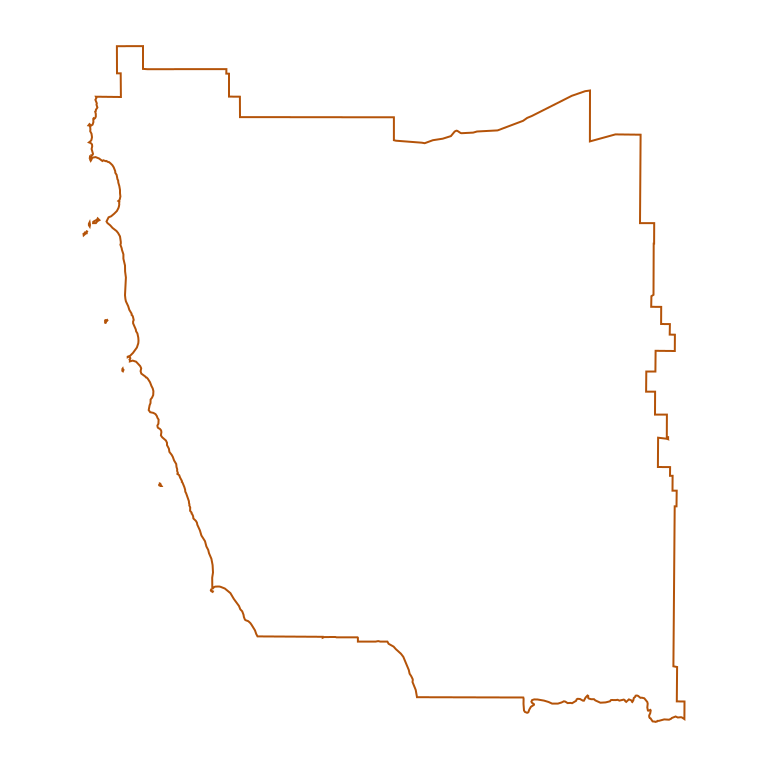 outline of Dandaragan, Western Australia, Australia
{"feature_id": "25037944B25957721357526", "entity_name": "Dandaragan", "entity_type": "district", "adm_level": 2, "iso_a3": "AUS", "parent_name": "Australia", "parent_adm1": "Western Australia", "projection": "orthographic", "projection_center": [115.251, -30.541], "detail": "fine", "context": "isolated", "style": "outline", "palette": "amber", "viewbox_px": 768, "rotation_deg": 0, "n_neighbors": 0, "source": "geoboundaries", "source_scale": "gbopen_adm2", "svg_char_len": 6033}
<svg xmlns="http://www.w3.org/2000/svg" viewBox="0 0 768 768"><path d="M95.9,96.7L96.4,97.9L95.4,99.8L96.8,103.3L96.5,104.7L97.4,107.5L95.9,109.8L95.8,111.1L95.2,111.6L95.8,113.9L95.8,116.6L95.2,118.0L94.4,118.7L93.7,118.2L93.3,118.7L93.4,122.1L92.6,124.6L91.1,125.6L89.5,124.1L88.5,125.4L89.6,125.6L90.2,127.0L90.4,129.5L90.2,131.2L91.5,133.7L92.0,137.2L91.4,140.0L90.5,141.2L89.0,142.4L90.8,143.1L92.0,144.4L92.2,146.3L91.6,149.0L93.0,153.9L92.5,154.9L91.9,155.4L91.4,155.3L91.4,155.8L90.5,156.7L90.0,156.5L89.9,157.3L90.8,156.9L91.3,157.2L91.5,157.8L91.2,158.6L90.3,158.6L90.1,159.6L90.7,160.8L91.6,159.3L91.8,158.5L92.7,157.6L95.6,157.1L99.1,158.5L102.4,161.0L103.3,160.3L105.9,161.2L106.4,161.0L108.1,162.0L109.2,162.2L110.8,163.6L112.4,165.2L113.7,167.3L115.2,171.1L115.3,172.8L116.6,174.8L117.5,179.4L118.1,180.3L118.3,182.6L119.3,186.0L120.0,190.0L120.0,193.2L120.4,196.5L119.6,199.9L118.3,201.0L119.4,201.8L119.1,203.0L119.3,204.1L119.0,206.1L118.5,207.9L116.9,211.0L114.2,213.7L111.1,216.3L108.6,217.3L106.5,221.5L107.5,223.1L110.2,225.3L112.5,227.9L116.5,231.0L118.1,233.0L120.0,236.4L120.8,241.9L120.8,243.5L120.4,244.7L121.7,248.3L121.9,249.7L123.4,254.3L123.4,258.7L125.0,265.5L125.1,271.5L125.9,277.5L125.0,295.2L125.4,298.9L125.9,301.3L128.2,306.2L129.3,309.8L131.5,313.5L131.7,314.2L131.6,314.9L132.4,315.6L132.9,316.6L133.7,320.0L133.1,321.4L133.1,323.3L135.8,329.5L136.1,331.3L137.4,333.4L138.3,337.7L138.5,340.7L138.3,343.2L136.9,347.5L133.0,352.9L130.1,355.8L127.7,356.7L127.7,357.2L129.7,356.3L129.7,357.0L130.2,357.8L130.3,358.6L129.5,359.6L130.0,360.5L129.9,361.4L132.7,360.6L136.1,361.7L140.2,366.1L141.2,368.3L140.6,371.2L141.3,373.6L145.4,376.6L145.9,377.4L146.6,377.5L147.7,378.6L150.0,382.2L151.5,386.1L152.7,388.4L153.4,391.1L153.2,395.1L152.0,397.7L150.6,399.5L150.5,403.1L149.6,405.3L148.7,410.1L150.2,412.2L153.4,412.9L155.5,414.1L156.8,416.0L157.5,417.9L158.6,419.6L158.4,423.7L157.4,425.5L157.6,427.0L158.0,427.8L160.0,429.0L161.1,430.4L161.4,432.1L160.9,435.4L162.2,437.3L165.9,440.5L167.0,442.8L167.0,445.1L168.9,448.7L169.4,451.9L171.7,454.9L172.8,456.9L174.1,460.5L176.2,464.0L176.5,467.0L177.2,469.3L177.1,470.9L177.9,473.0L177.4,473.9L179.2,475.2L180.1,477.6L182.0,481.2L181.8,481.9L182.5,482.6L184.3,487.0L185.1,489.6L185.3,491.7L186.1,493.2L188.9,501.2L189.0,503.0L189.4,504.2L189.3,505.4L190.2,507.4L190.1,510.8L191.6,512.6L191.6,513.6L192.3,514.3L193.1,516.2L193.4,518.5L195.8,520.8L196.9,522.6L197.3,524.7L199.9,530.4L201.4,535.5L205.0,541.2L206.4,546.5L208.2,549.9L209.0,553.2L211.4,558.8L212.6,565.1L213.0,572.5L212.2,577.7L212.3,588.1L212.8,588.4L214.3,586.9L215.6,586.6L219.1,586.5L220.5,586.8L224.8,588.5L230.4,593.1L233.8,598.9L239.0,606.0L240.3,609.3L242.2,611.3L243.5,614.7L243.9,617.0L244.8,619.3L245.4,620.1L248.3,621.2L250.3,623.0L251.5,624.7L255.0,630.4L256.2,633.9L257.5,636.4L322.7,636.8L322.7,637.7L324.1,637.1L331.6,637.0L335.4,637.0L336.4,637.3L357.5,637.3L357.9,637.8L357.9,641.6L375.6,641.6L378.2,641.1L380.3,641.6L387.4,641.6L388.6,643.8L393.6,646.6L395.9,649.2L400.9,653.7L403.3,656.8L408.8,670.0L409.6,673.7L411.2,676.1L412.6,679.0L412.8,680.0L412.5,682.0L415.7,689.9L417.0,697.2L523.3,697.5L523.6,698.8L523.5,703.8L524.0,710.5L524.9,711.9L527.1,712.8L528.3,712.3L529.3,709.6L530.9,706.8L533.9,704.9L534.0,704.4L533.7,703.9L532.1,702.9L531.4,701.7L532.1,700.1L534.2,699.4L537.6,699.5L544.0,700.6L548.6,702.0L552.1,703.6L557.9,703.6L561.5,702.5L563.9,701.3L565.3,701.6L567.6,703.1L570.5,702.9L572.1,703.2L576.1,700.8L576.7,699.3L577.7,698.8L580.0,699.0L582.8,700.6L583.9,700.7L585.6,697.5L587.5,695.5L588.2,695.9L588.2,697.9L589.0,698.6L591.1,699.2L594.0,699.2L595.3,700.4L600.4,702.7L605.6,702.4L610.0,701.3L610.8,700.2L611.7,700.0L615.7,700.1L617.6,699.8L619.4,700.6L623.8,699.6L624.9,700.3L625.2,701.1L626.2,701.9L628.9,699.4L631.6,700.5L631.9,701.7L632.3,702.0L633.3,700.4L633.8,698.0L635.2,696.8L635.6,695.7L636.9,695.5L638.1,695.9L640.4,697.8L641.9,697.7L644.3,698.3L647.3,702.0L647.7,703.7L647.3,707.5L647.9,710.5L648.2,710.7L650.4,709.9L650.7,710.5L650.2,713.3L649.2,715.4L649.2,716.9L649.8,718.1L650.5,718.3L652.6,721.4L654.8,721.6L655.3,721.9L657.0,721.5L657.4,720.9L658.7,720.9L664.2,719.4L669.0,719.7L671.0,718.8L671.8,718.0L675.6,716.5L677.8,717.5L680.9,717.2L681.8,717.4L684.4,719.1L684.5,701.5L676.8,701.4L677.1,667.0L673.4,666.3L674.7,506.3L676.5,506.3L676.7,490.7L672.5,490.7L672.6,475.8L670.0,475.8L670.1,467.1L657.9,467.0L658.1,437.7L666.4,438.7L668.0,439.2L667.7,438.2L668.1,438.5L668.1,437.1L666.8,437.1L666.9,414.6L655.0,414.6L655.1,391.7L646.1,391.7L646.3,371.5L655.4,371.5L655.6,350.8L674.8,351.0L674.9,334.7L669.7,334.6L669.9,324.1L661.1,324.0L661.2,306.9L651.2,306.8L651.4,296.2L653.5,294.8L653.7,243.6L654.1,243.6L654.2,223.1L640.0,223.1L640.6,134.7L615.4,134.4L589.9,141.4L590.0,90.5L585.1,91.2L571.8,95.8L531.8,116.0L527.2,117.9L523.1,120.8L497.6,130.4L477.0,131.5L473.2,132.6L461.6,133.2L460.6,133.0L457.4,130.9L456.4,130.7L454.7,131.5L450.9,136.1L442.7,138.7L432.9,140.2L424.7,143.2L421.8,142.7L395.9,140.7L393.9,140.2L393.9,117.3L240.0,117.1L239.9,96.7L229.0,96.6L229.0,73.7L226.3,73.6L226.4,69.1L147.6,69.2L143.0,68.9L143.0,46.1L116.9,46.2L117.0,73.3L120.7,73.3L120.9,97.0L95.9,96.7ZM93.1,223.1L95.9,223.1L97.4,221.2L99.4,220.1L97.7,218.4L97.1,219.6L93.5,221.6L93.2,221.9L93.1,223.1ZM87.1,231.5L86.7,231.3L85.7,232.8L84.9,232.5L84.3,233.5L83.5,233.9L83.7,235.3L85.7,233.5L86.7,233.3L86.7,232.3L87.1,231.5ZM105.1,320.4L105.4,321.2L105.0,321.9L105.2,322.8L105.6,322.9L105.9,322.6L105.8,321.5L106.3,321.3L106.2,320.8L107.0,320.8L107.4,320.4L107.1,319.9L106.2,320.3L105.5,320.1L105.1,320.4ZM160.4,486.0L161.5,486.0L160.3,484.2L160.3,483.7L159.8,483.5L159.7,484.7L159.2,484.8L159.2,485.3L160.2,485.6L160.4,486.0ZM89.2,223.9L89.0,225.4L89.7,226.5L90.0,224.9L89.6,222.3L88.9,223.7L88.9,224.0L89.2,223.9ZM122.4,368.9L122.3,370.8L122.9,371.3L123.5,369.9L122.9,369.3L122.7,368.5L122.4,368.9ZM212.6,591.9L212.9,591.4L211.6,590.8L211.3,589.8L211.1,589.7L210.8,590.3L211.2,591.1L212.6,591.9Z" fill="none" stroke="#b45309" stroke-width="2"/></svg>